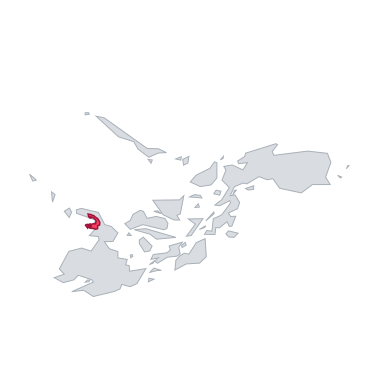 Zamboanga Sibugay highlighted on a map of Philippines, rotated 83°
{"feature_id": "PHL-2521", "entity_name": "Zamboanga Sibugay", "entity_type": "Province", "adm_level": 1, "iso_a3": "PHL", "parent_name": "Philippines", "parent_adm1": "", "projection": "natural_earth1", "projection_center": [122.777, 7.618], "detail": "fine", "context": "in_parent", "style": "filled", "palette": "rose", "viewbox_px": 384, "rotation_deg": 83, "n_neighbors": 0, "source": "natural_earth", "source_scale": "10m", "svg_char_len": 5605}
<svg xmlns="http://www.w3.org/2000/svg" viewBox="0 0 384 384"><g transform="rotate(83 192 192)"><path d="M179.5,50.5L193.5,57.6L201.5,53.9L199.3,71.6L206.2,83.6L199.0,104.5L188.7,110.1L189.0,115.9L184.9,123.6L190.6,136.6L189.3,140.1L191.9,149.3L200.4,154.6L200.1,149.7L208.3,146.0L214.1,148.8L217.3,158.5L221.0,156.6L221.4,151.6L230.8,156.6L230.6,159.2L225.8,160.9L230.9,169.2L230.2,172.7L237.0,174.4L235.5,184.8L232.0,182.1L233.3,177.0L221.2,174.2L218.4,165.4L207.6,155.1L205.2,155.5L209.0,166.4L207.7,170.9L203.5,163.6L192.1,154.4L183.9,160.8L174.4,155.6L170.5,157.3L170.1,148.8L176.3,138.7L169.6,133.4L169.6,142.3L166.8,142.9L163.2,135.4L160.0,134.1L154.3,102.9L155.4,101.3L161.6,107.5L165.6,106.2L165.5,72.2L170.1,52.9L179.5,50.5ZM262.4,247.1L276.2,257.8L278.4,265.0L275.2,272.9L279.5,275.3L281.3,281.6L283.7,302.7L276.3,311.5L276.3,323.5L269.3,300.8L266.7,302.4L260.8,315.1L264.8,320.0L266.3,330.8L260.2,339.2L258.0,328.8L252.2,333.1L235.9,321.4L234.2,308.3L238.4,299.4L228.1,290.1L224.8,290.3L222.8,299.2L217.2,292.7L212.4,296.5L211.4,292.2L208.0,291.3L199.0,309.3L195.6,308.9L194.8,303.8L200.9,287.3L213.7,282.6L216.3,276.4L223.6,270.5L231.5,276.5L230.6,285.0L238.2,281.0L242.1,272.8L248.4,273.6L251.0,264.5L256.2,266.8L257.5,263.3L263.0,263.6L262.4,247.1ZM221.5,257.8L215.2,262.6L212.8,256.8L207.0,253.2L203.9,245.7L205.3,242.6L212.6,239.8L211.9,230.6L215.0,222.1L220.2,219.7L225.1,221.3L226.1,224.4L218.4,244.7L221.5,257.8ZM257.9,185.7L263.5,193.1L262.7,206.4L267.4,218.5L257.8,216.3L254.0,212.0L251.8,207.2L253.3,202.6L242.8,194.0L239.9,184.7L257.9,185.7ZM194.7,200.6L212.3,206.3L213.3,209.8L218.3,207.7L217.6,213.2L211.0,223.5L195.4,231.9L198.3,205.3L194.7,200.6ZM128.3,258.2L105.1,277.9L107.6,270.2L143.4,231.1L145.0,220.1L149.8,212.6L149.2,220.6L152.3,230.6L142.8,240.4L135.0,243.6L128.3,258.2ZM166.0,163.7L181.2,165.6L187.3,172.3L187.6,183.2L181.8,192.5L175.9,186.0L170.7,171.4L164.8,166.0L166.0,163.7ZM245.3,211.9L252.0,211.3L253.9,214.9L253.7,224.3L258.5,234.9L256.1,237.5L253.2,233.6L253.9,241.0L249.3,238.0L249.3,224.4L247.0,220.4L242.8,221.3L240.6,207.7L245.3,211.9ZM222.4,253.9L222.7,242.5L235.1,213.5L234.5,232.9L228.7,238.9L222.4,253.9ZM245.7,246.4L236.7,250.6L233.2,250.1L230.9,245.8L240.8,238.2L245.4,241.1L245.7,246.4ZM219.8,184.4L235.1,198.1L235.2,202.9L224.3,192.6L218.3,199.0L219.8,184.4ZM241.0,161.2L237.6,163.4L235.0,160.5L238.5,151.3L242.2,155.9L241.0,161.2ZM202.4,317.0L195.5,321.1L193.0,315.6L197.4,314.0L202.4,317.0ZM156.2,190.7L162.7,192.5L164.3,197.1L158.5,197.2L156.2,190.7ZM194.7,163.2L198.5,164.9L196.4,170.6L193.1,167.9L194.7,163.2ZM177.9,328.2L185.0,331.7L174.8,331.4L177.9,328.2ZM266.6,243.6L262.9,239.1L266.1,232.0L265.7,236.3L266.6,243.6ZM199.1,182.9L196.6,195.0L194.9,190.0L196.4,184.1L199.1,182.9ZM161.2,345.1L161.7,348.8L154.6,351.0L161.2,345.1ZM197.0,130.7L196.8,136.1L195.1,138.4L193.3,130.0L197.0,130.7ZM209.7,225.3L206.5,232.3L206.5,228.3L209.7,225.3ZM159.0,199.2L157.2,204.2L155.7,198.4L159.0,199.2ZM245.9,208.6L243.6,208.8L241.2,204.8L244.1,204.3L245.9,208.6ZM207.8,186.5L207.8,191.0L204.4,187.3L207.8,186.5ZM275.8,246.2L272.3,245.3L273.9,240.4L275.8,246.2ZM216.2,172.7L222.3,181.8L214.5,172.8L216.2,172.7ZM158.4,229.1L154.3,231.6L155.4,227.5L158.4,229.1ZM227.8,257.7L227.1,261.6L224.8,259.6L227.8,257.7ZM228.8,183.8L230.1,189.3L227.1,182.4L228.8,183.8ZM102.4,288.6L100.3,288.4L100.7,284.9L102.3,284.5L102.4,288.6ZM249.8,260.7L247.1,261.0L246.9,258.9L248.5,258.5L249.8,260.7ZM268.5,309.0L266.6,306.6L267.2,304.1L268.5,305.3L268.5,309.0ZM162.4,157.0L163.6,160.0L160.4,156.5L162.4,157.0ZM257.8,239.2L258.9,243.2L256.0,238.3L257.8,239.2ZM196.2,42.9L193.2,45.4L195.4,41.7L196.2,42.9ZM199.7,151.9L195.5,149.5L195.6,147.9L199.7,151.9ZM185.0,33.0L187.7,35.9L184.7,34.0L185.0,33.0Z" fill="#d9dde1" stroke="#a8b0b8" stroke-width="1"/><path d="M217.2,292.4L217.0,292.8L216.4,293.4L216.3,293.7L216.3,293.9L216.4,294.1L216.4,294.4L216.3,294.5L216.0,294.7L216.0,294.8L216.1,295.0L216.1,295.3L216.0,295.7L215.7,296.2L215.6,296.5L215.6,296.8L215.6,297.5L215.3,297.9L215.2,297.8L215.1,297.7L214.9,297.6L214.4,297.4L214.3,297.1L214.0,296.3L213.8,296.1L213.5,296.2L213.3,296.4L213.1,296.7L213.0,297.0L213.0,297.3L213.0,297.5L212.7,297.9L212.5,298.0L212.2,298.1L211.7,297.9L211.8,297.6L211.7,297.4L211.4,297.5L211.3,297.4L211.3,297.2L211.4,296.6L211.5,296.3L212.1,296.5L212.1,296.0L212.0,295.7L211.8,295.4L211.7,295.1L211.5,293.7L211.4,293.3L211.6,293.0L211.7,292.6L211.8,292.1L211.8,291.7L211.6,291.4L211.2,291.4L210.4,291.5L210.2,291.4L209.9,290.9L209.7,290.7L208.9,290.7L208.7,290.8L208.3,291.0L208.1,291.1L207.7,291.3L206.0,292.8L205.5,293.4L204.7,294.7L204.5,295.1L204.5,295.4L204.9,295.5L205.3,295.4L205.5,295.4L205.5,295.9L205.4,296.2L205.2,296.6L204.9,297.0L204.7,297.1L204.9,296.4L204.9,296.2L204.7,296.2L204.4,296.4L204.3,296.7L204.2,296.9L204.0,297.1L203.1,297.7L201.2,297.8L201.5,297.1L201.9,295.4L202.1,294.9L202.3,294.6L202.8,294.2L202.9,293.9L203.1,293.5L203.2,292.7L203.4,292.4L203.7,292.1L204.3,291.8L204.6,291.5L206.6,289.2L207.0,288.9L207.2,288.7L209.9,287.5L210.6,287.3L211.4,287.3L212.2,287.4L213.6,287.8L213.7,288.9L213.9,289.8L214.7,289.8L215.7,290.0L216.4,290.0L217.0,290.3L217.2,292.4ZM214.8,299.7L214.4,299.6L214.4,299.9L214.4,300.2L214.4,300.3L214.3,300.5L214.1,300.5L213.9,300.5L213.3,301.0L213.1,301.1L212.7,301.2L212.5,301.3L212.4,301.6L212.0,301.8L211.9,301.7L211.7,301.5L211.5,301.1L211.4,300.5L211.4,299.7L211.6,299.0L212.1,298.7L212.4,298.8L212.6,299.2L212.8,299.4L213.1,299.4L213.2,299.2L213.3,298.9L213.3,298.6L213.5,298.5L213.9,298.7L214.3,299.0L214.6,299.4L214.8,299.7Z" fill="#f43f5e" stroke="#9f1239" stroke-width="1.5"/></g></svg>